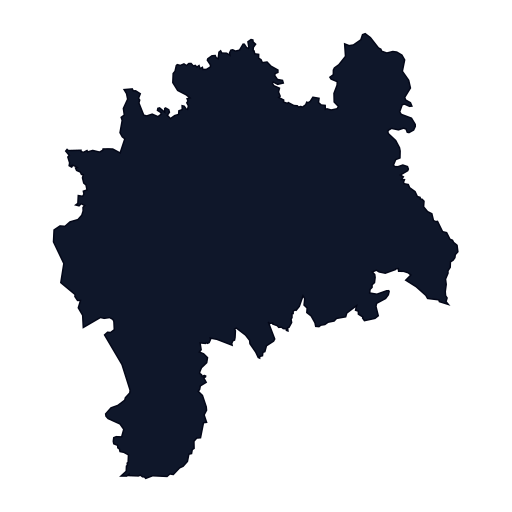 Jalostotitlán, Jalisco, Mexico, rotated 88°
{"feature_id": "50627088B48437195320512", "entity_name": "Jalostotitlán", "entity_type": "district", "adm_level": 2, "iso_a3": "MEX", "parent_name": "Mexico", "parent_adm1": "Jalisco", "projection": "albers", "projection_center": [-102.485, 21.201], "detail": "fine", "context": "isolated", "style": "filled", "palette": "ink", "viewbox_px": 512, "rotation_deg": 88, "n_neighbors": 0, "source": "geoboundaries", "source_scale": "gbopen_adm2", "svg_char_len": 6007}
<svg xmlns="http://www.w3.org/2000/svg" viewBox="0 0 512 512"><g transform="rotate(88 256 256)"><path d="M471.2,398.6L471.4,392.8L469.7,390.6L471.0,390.7L471.7,381.1L470.9,379.3L472.7,377.1L472.9,375.1L474.4,374.0L472.0,367.0L473.2,352.6L470.8,349.7L471.5,346.3L465.1,339.8L463.6,336.2L458.9,331.7L451.7,330.0L451.2,327.3L447.3,326.5L446.1,324.6L439.0,324.5L435.9,321.6L435.7,317.8L420.8,314.3L420.5,311.2L413.0,313.4L408.4,310.8L405.0,311.0L393.5,314.4L389.2,318.5L387.4,317.0L383.9,316.2L380.5,310.2L375.8,312.6L375.1,310.7L374.2,310.5L373.6,311.8L374.4,314.1L372.7,314.6L371.4,316.4L369.9,316.3L365.7,314.4L360.9,309.0L355.9,308.0L351.9,311.8L350.0,316.0L347.8,314.1L340.9,314.9L341.6,309.5L340.8,308.8L341.6,307.6L340.9,305.9L337.7,304.3L336.4,304.7L337.9,298.0L344.3,283.0L342.4,283.3L339.8,282.0L339.3,280.4L336.8,279.8L330.0,279.2L328.3,280.0L327.3,278.2L334.6,269.3L340.1,265.3L343.5,265.1L352.1,259.6L357.5,257.3L358.2,255.9L356.5,255.8L355.9,253.0L352.5,252.5L351.9,250.5L346.1,248.7L341.7,241.4L339.6,240.2L322.3,246.1L324.0,244.9L323.5,241.7L324.6,241.6L326.4,237.1L328.1,235.8L328.0,233.0L329.5,231.3L329.9,228.1L331.4,228.2L332.0,226.7L328.7,226.9L328.4,225.5L323.7,222.7L320.4,223.2L318.9,222.2L314.8,222.0L314.8,220.9L312.4,220.8L311.4,219.0L311.7,217.8L307.9,214.5L297.4,210.4L300.3,208.8L306.7,209.7L309.8,206.7L314.3,207.2L317.8,203.0L324.8,199.4L328.4,198.8L328.8,195.5L327.4,193.7L326.9,189.6L324.7,186.3L323.7,180.2L321.2,177.7L319.9,168.5L316.2,167.3L309.1,157.2L313.7,158.4L314.7,155.7L317.7,155.7L320.7,151.3L321.8,151.6L324.4,149.9L322.5,139.3L320.0,135.9L310.6,137.9L307.5,137.1L303.0,128.0L299.4,125.1L296.1,124.2L295.3,124.6L295.3,126.7L298.4,136.5L296.9,143.7L293.4,143.2L291.4,141.1L288.8,141.0L286.7,138.5L281.5,137.7L278.6,138.0L276.0,140.4L274.4,136.2L276.2,133.5L277.7,127.4L274.4,117.1L273.7,116.9L273.5,114.2L276.2,114.0L276.5,108.9L278.1,104.5L280.4,101.9L285.4,107.2L292.3,97.0L301.3,87.6L304.4,86.0L306.2,74.8L308.0,74.3L311.1,65.5L308.2,67.7L304.6,66.5L302.3,67.9L298.2,68.1L291.0,66.9L285.7,67.4L279.9,64.7L277.5,64.7L274.1,62.3L268.7,61.9L267.1,59.2L264.6,57.3L261.6,56.8L258.8,54.1L252.3,54.7L249.3,58.1L247.1,59.1L246.0,61.6L239.3,64.7L238.2,68.7L227.7,73.4L227.9,75.2L226.8,77.4L219.9,78.8L217.6,83.0L212.7,86.8L207.1,86.2L205.1,88.0L204.8,89.7L203.1,90.0L202.2,92.7L197.2,94.8L193.1,100.1L189.9,101.3L188.9,105.6L187.3,106.0L184.9,105.0L184.6,108.1L182.0,106.0L180.1,108.9L176.0,101.4L174.4,100.7L171.9,101.5L170.2,106.1L171.7,111.0L171.5,114.3L169.9,115.5L164.5,113.0L163.0,108.7L156.1,108.3L152.8,108.8L145.4,112.4L138.6,119.2L136.7,120.0L135.0,119.4L133.2,116.1L134.9,109.2L133.4,104.1L134.4,101.6L137.6,100.5L138.0,98.8L135.6,94.1L132.1,92.3L130.0,92.3L123.7,95.8L119.5,105.9L116.9,107.4L109.9,104.6L109.4,102.2L111.8,97.3L111.6,95.0L108.2,96.3L105.3,101.0L102.7,101.9L93.5,95.8L85.7,97.3L76.5,103.3L65.2,100.6L60.3,103.2L57.1,108.2L56.4,112.1L57.7,118.2L55.7,123.3L53.7,124.0L52.3,126.4L41.8,134.0L37.6,139.1L38.5,141.8L43.6,143.7L48.5,151.3L49.0,155.6L47.1,160.0L59.6,159.6L67.7,166.5L70.8,171.1L72.9,172.2L77.5,172.4L79.9,175.9L81.8,174.8L84.6,168.7L88.1,169.0L96.2,172.4L104.8,172.5L109.5,168.3L111.7,169.9L112.7,175.8L111.4,179.9L111.9,181.6L107.9,181.6L107.4,185.5L104.8,188.2L100.6,187.5L99.3,193.6L103.5,196.5L104.6,198.7L104.0,199.9L106.6,201.1L108.9,204.5L108.1,206.0L108.7,208.3L107.3,209.5L106.9,213.0L103.8,218.4L104.6,219.2L103.1,223.1L101.1,222.9L98.3,227.8L97.1,226.3L92.9,227.8L89.1,226.7L86.4,232.3L84.2,233.6L82.7,232.7L85.2,228.4L84.1,222.7L81.4,223.4L80.3,228.4L76.3,231.0L74.3,230.5L73.3,227.7L70.9,227.6L66.8,234.4L62.5,238.2L63.0,242.9L60.0,244.1L58.3,246.5L54.6,246.3L53.9,250.2L50.9,250.8L50.6,251.7L47.4,251.4L44.3,249.0L42.0,251.4L40.0,251.6L39.5,253.4L41.6,256.6L47.5,255.8L48.3,256.5L47.2,258.3L43.9,260.3L43.8,261.5L49.7,265.3L50.5,269.4L49.1,272.1L49.4,273.9L52.0,275.3L54.5,275.0L52.3,278.3L52.0,283.1L49.7,284.2L51.0,285.9L57.5,286.9L56.4,289.0L54.2,289.8L54.4,293.1L57.2,297.3L58.6,297.8L63.5,294.8L65.5,295.0L67.8,299.1L67.7,302.6L65.6,303.0L66.8,305.3L63.7,306.3L65.2,308.5L63.4,310.0L63.9,312.0L61.3,314.2L61.3,316.5L63.3,318.8L61.5,321.3L62.9,324.9L62.0,328.0L62.9,329.0L68.6,330.5L70.7,332.4L79.8,333.1L87.8,328.5L92.4,320.3L95.7,316.5L96.4,319.4L98.8,318.6L100.5,319.8L103.6,318.3L107.1,319.3L106.8,320.6L103.8,322.5L103.2,324.6L107.1,324.6L108.2,328.0L111.8,328.4L112.8,332.3L115.7,336.7L112.3,339.7L109.3,337.5L106.8,338.1L104.9,341.2L105.4,342.1L109.1,342.2L104.6,347.2L105.0,348.9L107.0,349.4L109.5,345.8L111.2,346.1L113.3,349.1L110.6,354.8L112.2,360.3L111.3,363.3L99.0,367.7L96.1,366.8L94.3,367.9L89.8,366.0L86.7,370.5L86.7,372.9L84.7,373.8L85.1,382.0L89.2,379.7L94.8,378.8L103.9,383.4L110.5,382.7L112.7,385.9L115.8,385.0L128.0,387.6L132.2,385.5L134.3,383.0L148.3,388.2L144.1,395.4L143.8,399.5L143.7,405.1L144.9,405.4L146.7,408.7L144.8,415.5L146.1,420.6L144.7,421.2L146.4,424.9L145.5,427.2L144.2,427.2L144.1,439.9L142.9,441.1L144.5,442.5L148.9,439.1L150.5,440.6L156.4,439.0L159.2,439.6L160.7,437.2L160.3,436.7L159.3,437.5L158.8,436.3L160.1,433.2L161.4,431.6L161.8,433.3L164.2,432.3L166.0,428.6L168.4,427.6L168.6,425.7L171.8,426.7L177.1,425.6L179.1,423.4L184.1,422.6L185.2,426.3L188.2,425.8L190.3,427.2L189.4,431.5L197.2,432.2L198.7,434.4L199.7,431.1L197.6,428.9L199.6,425.4L201.4,427.2L205.0,427.2L209.2,428.7L213.4,432.7L215.4,440.7L219.7,445.9L219.1,450.8L222.9,456.9L234.8,457.9L256.8,448.3L275.8,452.0L288.2,438.1L290.2,438.4L294.2,435.9L294.3,432.9L301.6,435.4L309.2,431.3L321.4,431.1L312.0,413.6L313.0,409.9L312.4,404.4L314.4,401.2L316.5,400.3L324.7,400.2L327.4,404.0L327.0,407.0L329.6,410.1L359.8,393.7L385.7,386.5L388.4,386.9L393.1,391.5L395.5,392.2L400.5,399.3L402.7,406.2L408.6,411.8L410.9,411.5L413.3,409.5L419.1,397.8L424.6,394.2L432.1,396.6L431.7,402.0L432.6,404.5L436.2,405.1L438.7,404.7L440.4,400.9L442.9,400.8L443.9,399.3L446.7,398.7L447.6,394.9L450.3,390.4L457.8,391.0L458.5,392.0L460.7,391.8L461.4,392.8L466.6,393.2L471.2,398.6Z" fill="#0f172a" stroke="#020617" stroke-width="1.5"/></g></svg>